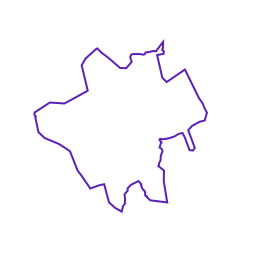 outline of Tureta, Sokoto, Nigeria, rotated 149°
{"feature_id": "59680162B25728635468586", "entity_name": "Tureta", "entity_type": "district", "adm_level": 2, "iso_a3": "NGA", "parent_name": "Nigeria", "parent_adm1": "Sokoto", "projection": "orthographic", "projection_center": [5.499, 12.518], "detail": "fine", "context": "isolated", "style": "outline", "palette": "violet", "viewbox_px": 256, "rotation_deg": 149, "n_neighbors": 0, "source": "geoboundaries", "source_scale": "gbopen_adm2", "svg_char_len": 1747}
<svg xmlns="http://www.w3.org/2000/svg" viewBox="0 0 256 256"><g transform="rotate(149 128 128)"><path d="M176.5,59.6L172.4,63.6L169.6,64.8L168.7,66.4L167.3,68.2L166.3,70.4L165.5,72.4L165.0,73.0L164.1,73.3L162.3,73.9L160.5,74.5L159.4,76.5L154.7,77.8L146.3,77.1L146.1,75.8L145.7,73.7L145.7,72.6L146.1,72.4L146.4,72.1L146.4,71.2L146.8,70.1L146.9,68.6L146.9,68.3L146.9,67.7L146.8,67.3L146.5,66.8L146.3,66.2L146.3,65.8L146.5,64.6L146.4,63.8L147.1,63.1L147.8,61.7L147.9,60.6L147.0,59.8L147.4,58.8L147.1,57.8L146.1,54.5L132.7,44.0L124.8,63.9L119.1,73.0L121.6,79.8L120.6,80.3L119.8,81.5L118.7,82.4L117.1,83.3L116.7,83.6L113.9,87.7L110.7,90.0L110.3,90.5L110.0,91.5L109.9,92.0L110.0,93.1L111.0,95.0L107.8,97.9L107.0,98.0L106.8,98.4L106.5,99.0L106.9,99.4L107.1,99.8L107.0,100.6L107.0,101.1L106.9,101.9L105.7,102.0L105.2,101.4L104.3,100.7L100.6,98.9L96.7,97.8L92.2,96.8L89.0,96.9L87.0,96.7L85.1,96.1L83.9,95.6L84.0,91.7L86.6,77.3L83.9,75.2L81.0,76.5L77.5,95.1L72.1,96.8L63.7,96.5L58.3,95.0L52.4,100.5L52.3,103.4L52.2,105.3L51.3,111.0L51.8,116.9L49.1,148.8L71.2,147.5L72.7,153.4L65.5,175.5L59.3,173.3L57.8,175.1L58.5,177.5L57.0,178.3L53.6,183.7L58.8,181.7L64.5,179.3L66.3,180.8L67.7,181.4L71.3,182.4L73.9,183.7L75.8,182.6L77.3,183.1L79.5,185.1L84.3,188.0L85.6,188.7L87.1,189.3L89.6,187.7L90.8,182.8L98.7,180.2L103.8,183.4L108.6,198.0L109.8,201.0L110.1,201.9L111.0,203.9L111.9,206.1L112.6,208.9L113.2,211.4L113.3,212.0L115.2,212.0L122.9,210.5L128.7,209.4L135.4,205.6L143.3,180.7L169.8,181.7L181.9,190.1L200.1,189.4L201.5,187.2L201.1,185.3L202.0,184.7L206.9,170.6L204.6,162.3L195.5,150.0L191.6,142.1L189.7,137.9L193.1,117.6L192.3,109.6L191.5,95.6L181.3,93.5L177.4,92.1L182.6,74.0L180.2,66.2L176.5,59.6Z" fill="none" stroke="#5b21b6" stroke-width="2"/></g></svg>